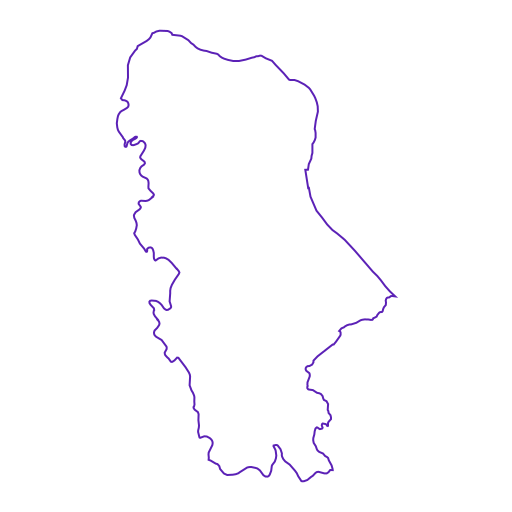 El Peñon, Bolívar, Colombia
{"feature_id": "7082276B39093540987774", "entity_name": "El Peñon", "entity_type": "district", "adm_level": 2, "iso_a3": "COL", "parent_name": "Colombia", "parent_adm1": "Bolívar", "projection": "mercator", "projection_center": [-73.909, 8.86], "detail": "fine", "context": "isolated", "style": "outline", "palette": "violet", "viewbox_px": 512, "rotation_deg": 0, "n_neighbors": 0, "source": "geoboundaries", "source_scale": "gbopen_adm2", "svg_char_len": 6056}
<svg xmlns="http://www.w3.org/2000/svg" viewBox="0 0 512 512"><path d="M314.7,129.0L315.8,120.8L317.9,111.6L317.7,106.3L316.8,102.3L315.3,98.2L314.1,95.7L310.2,89.4L308.9,87.9L304.6,84.6L298.1,81.2L294.5,80.0L290.1,80.0L289.0,79.6L283.7,73.3L275.7,65.0L272.0,60.8L265.8,58.3L261.6,55.8L260.1,55.6L258.2,56.2L256.2,56.3L254.4,57.2L251.9,57.7L245.7,59.6L239.0,61.0L233.2,61.0L228.0,59.9L224.2,58.7L222.0,57.7L219.8,56.2L218.2,54.5L216.9,53.8L211.6,52.7L206.6,51.0L203.8,50.6L200.4,49.7L197.6,48.4L195.6,46.9L193.4,44.6L191.1,43.1L188.4,40.2L182.0,36.2L180.3,35.7L172.3,34.8L171.6,33.1L169.5,31.7L167.7,31.0L159.7,30.7L156.3,31.5L154.0,32.8L152.4,33.2L150.4,37.5L148.9,39.2L146.6,41.0L137.7,46.1L136.9,48.9L135.1,50.6L130.2,57.4L127.9,65.2L128.0,77.6L126.7,85.2L124.6,90.7L120.9,98.3L122.4,100.1L124.7,100.3L126.7,101.2L127.8,102.2L128.3,103.4L128.6,105.0L128.2,106.7L127.0,107.9L123.9,109.8L121.6,111.0L120.3,112.0L118.7,114.3L118.0,116.0L117.4,118.8L116.8,123.3L117.3,127.5L117.9,129.8L118.8,131.6L122.9,137.3L123.1,138.0L125.1,140.5L125.3,141.8L124.6,144.3L124.6,145.3L124.7,146.2L125.3,146.8L126.1,146.8L126.5,146.5L127.5,142.8L128.4,141.6L130.4,140.1L132.8,138.7L134.9,137.0L135.7,136.7L136.8,136.8L136.9,137.2L136.4,138.0L134.7,139.1L133.4,139.6L132.1,140.6L131.4,141.3L130.7,142.5L130.6,143.8L131.6,145.0L133.1,145.2L134.1,145.0L136.8,144.0L138.2,143.3L139.9,141.2L140.7,140.9L142.5,141.1L143.3,141.5L145.0,143.3L145.6,145.1L145.4,147.2L145.1,148.2L143.8,150.8L140.4,156.2L140.2,157.1L140.2,157.6L140.7,158.5L141.4,159.3L144.0,161.3L144.7,162.1L144.9,163.3L144.1,164.6L141.5,166.4L140.3,167.9L139.4,170.2L139.5,172.3L140.0,173.8L141.1,175.4L142.6,176.6L146.7,178.5L147.7,179.6L148.3,180.9L148.6,183.1L148.4,186.8L148.5,188.4L150.6,190.9L153.3,193.5L153.9,194.8L153.5,195.8L152.3,196.9L152.6,197.1L149.1,199.9L147.6,200.6L145.6,201.0L141.0,200.7L139.7,201.3L138.8,202.3L138.6,203.8L140.7,206.7L140.8,207.5L140.3,208.5L139.5,209.4L135.6,212.2L134.1,214.7L133.9,215.5L134.3,217.9L135.8,220.9L136.5,223.0L136.8,225.2L136.2,228.5L135.2,231.5L134.2,233.2L134.8,234.9L137.9,239.5L139.9,243.6L144.1,248.6L145.9,251.6L146.5,251.8L147.0,251.6L147.2,250.8L147.1,249.1L147.8,248.3L148.9,247.6L150.7,247.4L151.9,248.0L152.5,248.7L153.2,250.3L153.8,252.9L153.8,256.8L154.0,258.6L154.8,260.1L155.4,260.5L155.9,260.3L158.5,258.4L161.1,257.6L164.0,257.7L165.9,258.3L168.5,259.8L171.7,262.9L176.6,268.8L176.8,268.7L178.8,271.2L179.4,272.5L178.8,274.0L174.9,279.6L171.9,284.8L170.6,288.1L170.2,290.7L170.2,293.4L169.6,301.4L171.1,306.2L171.1,307.2L170.4,308.3L168.0,309.8L166.6,310.0L165.6,309.6L164.0,308.4L161.6,304.9L159.8,303.1L158.0,301.8L156.0,300.9L151.6,300.5L150.1,300.8L149.4,301.7L149.5,303.1L150.5,304.7L153.9,308.3L154.2,310.2L153.8,310.8L153.5,312.8L153.8,314.1L155.0,316.3L157.8,319.6L157.5,319.8L158.7,321.1L159.2,322.1L159.5,323.7L159.1,325.1L157.2,327.9L154.6,330.5L154.0,332.3L154.1,333.9L154.7,335.3L156.2,336.8L161.6,340.0L166.5,346.6L166.7,347.6L166.6,349.1L164.7,352.6L164.8,353.9L165.3,355.2L167.2,357.3L168.6,358.5L170.8,361.6L171.3,361.9L172.1,361.9L172.7,361.6L174.5,360.4L177.1,357.6L178.4,357.8L185.6,367.3L188.9,372.5L189.8,374.6L190.1,376.5L189.6,385.3L191.5,390.4L192.9,392.7L194.1,395.6L194.4,397.2L194.3,401.6L194.5,404.5L194.0,406.6L193.5,407.1L193.7,408.2L194.7,409.7L197.9,412.1L198.6,414.2L198.4,420.2L199.0,425.5L198.8,427.7L198.2,430.3L198.1,431.9L199.4,437.2L199.6,437.6L200.2,437.8L204.3,436.3L206.8,436.5L209.8,438.1L211.3,439.5L212.1,440.7L212.6,442.2L212.6,443.7L212.3,445.2L211.3,447.2L208.7,452.5L208.5,454.4L208.8,457.8L208.6,459.8L210.7,460.6L215.7,463.6L217.5,464.1L219.3,466.1L220.1,469.0L223.5,473.0L224.1,473.6L227.2,475.0L232.8,474.7L235.8,474.2L238.5,473.2L239.3,472.5L247.2,467.5L249.1,467.1L251.2,467.0L255.5,467.9L257.4,468.5L259.9,470.4L263.4,475.2L265.4,476.5L267.6,476.6L268.6,476.1L269.7,474.7L271.2,470.8L271.8,466.0L272.2,465.0L274.8,461.6L275.9,458.4L276.3,455.6L275.7,450.9L275.3,449.6L273.5,446.2L273.6,445.5L275.9,445.0L277.0,445.1L277.7,445.5L280.5,449.2L281.9,453.4L281.8,455.2L282.1,456.6L283.3,459.1L285.2,461.4L289.7,464.6L295.0,470.7L296.8,473.2L298.2,476.2L301.4,481.1L302.3,481.3L304.0,481.2L307.3,480.0L311.1,476.9L312.8,475.8L315.6,472.8L317.0,472.0L318.5,471.8L324.4,473.4L326.7,473.4L328.5,472.2L330.2,470.0L332.7,470.1L332.6,469.0L331.6,465.4L328.8,460.3L328.1,458.0L327.1,457.1L325.1,456.0L323.0,453.5L319.2,451.9L317.5,450.4L316.8,449.1L315.8,446.2L313.7,442.9L313.2,440.2L313.3,438.1L314.3,434.5L314.7,431.2L315.5,428.5L316.7,427.4L317.4,427.5L319.7,429.1L320.6,429.0L322.2,428.5L322.6,427.7L321.8,425.5L321.9,424.7L322.2,423.9L322.7,423.5L325.7,424.1L326.6,424.8L327.0,425.7L327.8,426.0L328.0,425.8L328.0,423.1L328.5,421.9L331.0,419.1L331.0,417.4L330.5,415.2L328.6,413.0L328.3,411.0L327.7,409.9L328.1,404.1L326.5,401.2L323.9,399.9L323.2,398.4L322.6,396.1L321.0,394.1L319.4,393.3L317.0,392.8L312.9,390.1L308.7,389.5L308.1,389.2L307.3,388.1L307.3,386.8L307.7,386.0L307.4,384.9L307.5,382.3L309.7,376.5L309.8,375.1L309.6,373.8L309.3,373.1L306.4,370.9L305.9,370.1L305.6,369.0L305.8,367.9L306.3,367.1L307.5,366.2L309.5,366.0L312.1,364.6L313.4,362.4L313.5,360.6L317.6,356.3L332.7,344.5L333.7,344.5L336.0,341.7L340.3,335.6L340.6,334.7L340.6,332.6L340.2,331.6L339.2,331.0L341.3,328.5L342.2,328.0L343.8,327.4L345.0,326.4L347.1,325.2L349.4,324.5L351.2,324.4L356.3,322.8L360.5,320.3L362.1,319.8L364.6,319.4L368.5,319.5L370.7,319.9L372.4,319.8L372.8,319.4L373.3,318.2L374.4,317.8L376.6,316.6L377.4,314.9L379.2,312.7L380.2,312.1L381.9,312.0L382.3,311.6L382.7,311.0L383.1,309.2L383.9,307.3L385.8,305.0L386.0,302.4L385.7,300.6L386.1,299.1L386.8,298.0L387.5,297.6L389.2,297.4L390.9,296.1L392.3,296.0L395.2,296.4L389.9,291.4L385.2,286.1L380.8,280.2L377.3,276.0L372.8,271.6L355.0,250.9L344.7,239.8L337.2,233.5L332.4,230.0L327.1,224.4L322.0,217.5L316.5,210.7L310.5,196.7L308.9,187.9L308.2,188.1L305.3,169.8L308.0,169.7L308.8,164.1L311.3,158.7L311.6,155.8L312.4,153.0L312.4,144.1L313.6,142.5L314.9,139.9L315.6,137.5L315.6,133.0L315.2,130.4L314.7,129.0Z" fill="none" stroke="#5b21b6" stroke-width="2"/></svg>